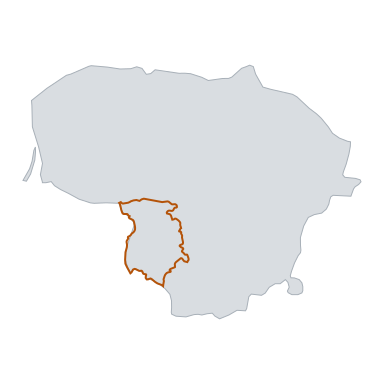 Marijampoles on a map of Lithuania (Mercator projection)
{"feature_id": "LTU-1070", "entity_name": "Marijampoles", "entity_type": "County", "adm_level": 1, "iso_a3": "LTU", "parent_name": "Lithuania", "parent_adm1": "", "projection": "mercator", "projection_center": [23.274, 54.666], "detail": "fine", "context": "in_parent", "style": "outline", "palette": "amber", "viewbox_px": 384, "rotation_deg": 0, "n_neighbors": 0, "source": "natural_earth", "source_scale": "10m", "svg_char_len": 4665}
<svg xmlns="http://www.w3.org/2000/svg" viewBox="0 0 384 384"><path d="M130.4,273.3L128.0,268.4L125.4,259.8L125.7,252.9L127.1,245.9L134.1,225.4L133.7,222.2L128.7,216.4L122.4,212.2L118.9,203.3L106.2,202.8L94.2,203.3L90.5,202.9L79.1,199.2L68.1,193.2L60.7,189.6L54.5,185.7L51.2,181.6L45.9,182.7L42.4,182.7L42.4,182.0L40.4,174.7L42.5,163.4L38.6,146.9L32.4,126.9L31.9,105.4L31.5,100.5L46.9,88.3L66.4,75.3L70.8,74.1L88.8,66.3L91.2,65.7L107.4,67.1L120.1,69.0L130.8,68.7L136.7,66.8L142.0,68.4L146.3,74.3L150.7,73.6L155.1,69.8L179.1,73.3L184.5,73.2L190.6,73.7L201.8,77.3L208.3,80.5L222.5,78.5L228.6,78.4L231.8,77.1L241.6,68.3L245.8,66.8L249.7,65.2L253.3,66.6L255.6,74.1L262.9,87.1L270.7,89.3L292.5,94.3L297.0,96.9L309.2,108.3L316.6,113.9L321.3,118.3L328.4,127.0L332.5,133.3L339.4,138.1L347.6,141.3L350.5,141.8L350.3,146.4L348.9,154.1L346.2,164.1L343.4,171.8L342.7,174.8L344.8,177.3L355.5,178.4L360.1,179.8L361.0,181.8L358.6,184.5L355.2,186.7L353.6,188.8L350.9,196.2L333.1,195.3L330.8,196.8L329.6,200.2L328.8,204.2L326.4,209.0L321.7,213.1L314.3,214.6L308.3,217.4L303.7,226.0L300.4,237.5L300.5,245.6L300.9,250.1L300.5,252.7L298.2,255.6L294.5,263.0L291.5,271.3L290.3,275.7L290.9,277.8L294.3,277.9L299.2,279.6L301.9,282.8L302.8,286.6L302.8,290.7L301.9,292.9L298.0,294.6L291.8,294.6L288.2,292.7L287.4,291.1L289.2,287.2L287.9,282.3L285.4,279.6L280.2,283.7L275.2,283.7L269.2,287.3L265.2,293.1L261.5,295.3L251.3,294.1L248.8,296.7L246.7,308.5L245.5,310.8L237.0,310.3L228.9,315.0L219.6,318.8L214.9,316.1L212.3,313.2L207.3,313.7L201.8,315.0L198.1,314.3L194.0,314.6L186.0,316.9L176.0,316.2L171.7,314.2L171.3,312.3L171.6,307.7L171.5,300.6L169.9,294.3L165.1,288.7L160.1,284.7L153.6,280.7L148.9,278.9L146.2,278.4L145.7,276.1L144.7,274.1L142.5,272.3L137.7,269.9L133.7,269.4L130.4,273.3ZM26.4,181.2L23.0,180.4L29.6,168.8L32.1,161.2L33.9,150.4L35.4,147.0L35.5,151.9L34.8,160.1L30.6,174.0L26.4,181.2Z" fill="#d9dde1" stroke="#a8b0b8" stroke-width="1"/><path d="M139.8,270.9L139.2,270.9L135.7,269.1L134.5,268.9L133.0,269.6L131.5,272.4L130.4,273.3L127.0,267.1L125.4,263.7L125.1,259.9L125.5,252.2L126.8,247.4L127.0,245.6L127.0,244.6L126.6,242.3L126.6,241.3L126.9,240.6L128.1,238.7L128.2,238.3L128.0,237.9L127.9,237.4L128.0,236.9L128.2,236.7L128.7,236.6L129.3,236.1L130.3,235.5L130.8,235.0L131.6,233.7L133.3,232.4L134.2,231.4L135.0,229.7L135.1,227.9L134.9,226.1L134.0,222.0L133.5,220.7L132.8,219.9L129.4,218.3L128.9,217.5L129.6,216.2L128.8,215.9L128.2,215.3L127.8,214.6L127.5,214.2L126.9,214.0L123.7,214.0L122.7,213.5L122.1,212.3L121.3,210.0L120.3,205.5L119.7,203.5L119.2,202.9L120.8,202.1L121.2,202.6L122.3,203.4L122.6,203.5L123.4,203.5L128.2,202.7L130.0,201.9L130.6,201.4L133.5,200.4L136.4,200.0L139.5,200.9L140.3,200.4L141.1,199.7L142.1,199.2L143.9,198.7L162.2,202.1L167.5,201.4L168.7,201.7L171.7,204.2L172.9,204.4L174.2,204.2L175.5,204.3L176.6,205.2L176.9,206.1L176.9,207.1L176.5,207.5L176.1,207.6L175.3,207.6L174.9,207.7L174.7,207.8L174.4,208.1L174.0,208.6L173.4,209.9L173.1,210.3L172.7,210.6L172.3,210.8L171.8,210.9L169.3,210.6L168.6,210.7L168.0,211.0L167.6,211.3L167.2,211.8L166.8,212.4L166.8,212.9L167.0,213.5L169.8,214.2L170.5,214.9L171.0,215.6L172.3,219.7L173.7,219.4L175.0,218.6L175.9,218.7L176.9,219.3L178.5,220.5L179.7,221.8L180.1,222.4L180.3,223.0L180.3,223.5L180.2,224.2L180.2,224.7L180.4,225.9L180.7,226.7L180.9,227.2L181.1,228.2L180.4,228.6L180.3,228.8L180.1,229.3L179.8,229.9L179.2,230.7L179.1,231.2L179.3,231.5L179.7,231.6L180.3,231.5L180.7,231.7L181.2,232.3L181.1,233.4L181.3,234.0L181.6,234.5L181.8,234.8L182.1,235.4L182.1,236.2L182.0,237.5L183.0,242.1L183.0,243.1L182.7,243.9L182.1,244.3L180.7,244.8L180.1,245.1L179.7,245.6L179.7,246.0L179.9,246.3L180.3,246.5L180.6,246.7L180.8,247.0L181.1,247.3L182.7,247.9L183.2,248.6L183.2,249.1L182.8,249.7L182.3,250.3L182.0,251.0L182.0,251.6L182.4,252.0L183.7,253.1L184.4,254.0L185.0,254.6L185.7,254.7L186.7,254.6L187.1,254.7L187.5,255.4L188.5,258.3L188.6,259.3L188.5,260.1L188.0,260.7L187.7,261.3L187.3,262.1L184.3,261.3L183.3,260.2L182.8,259.4L181.9,258.4L181.2,258.2L180.7,258.3L175.9,262.2L175.4,262.8L175.0,263.5L174.8,264.4L174.9,265.1L175.0,266.2L175.0,266.5L174.9,267.2L170.6,268.9L170.0,269.4L169.6,270.1L169.9,270.5L170.6,270.9L170.7,271.2L170.6,271.7L170.1,272.0L168.3,272.3L166.9,272.9L166.1,273.6L165.1,274.9L164.4,276.6L164.2,277.4L163.8,278.5L163.6,279.2L163.6,279.8L163.8,280.5L163.9,281.1L163.3,284.3L163.1,286.1L162.0,285.1L157.4,283.4L155.2,282.0L151.6,279.0L150.6,278.5L149.4,278.8L148.0,279.4L146.7,279.4L145.7,277.9L145.7,276.9L146.0,275.8L146.2,274.8L145.9,274.3L143.9,274.0L143.2,273.6L142.9,273.0L142.6,272.2L142.3,271.4L141.7,270.8L141.1,270.7L139.8,270.9Z" fill="none" stroke="#b45309" stroke-width="2"/></svg>